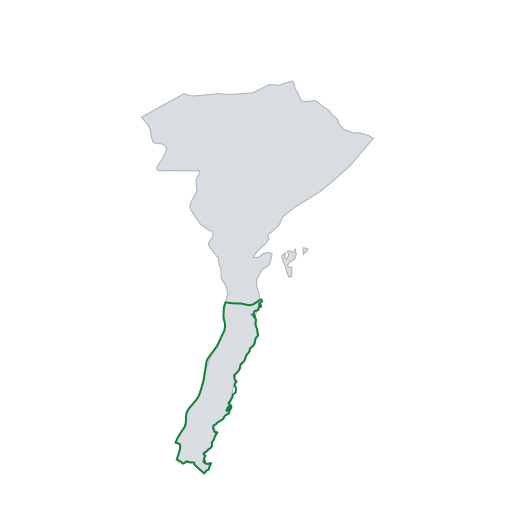 where Debubawi Keyih Bahri sits in Eritrea, rotated 66°
{"feature_id": "ERI-1565", "entity_name": "Debubawi Keyih Bahri", "entity_type": "Region", "adm_level": 1, "iso_a3": "ERI", "parent_name": "Eritrea", "parent_adm1": "", "projection": "albers", "projection_center": [41.929, 13.658], "detail": "fine", "context": "in_parent", "style": "outline", "palette": "green", "viewbox_px": 512, "rotation_deg": 66, "n_neighbors": 0, "source": "natural_earth", "source_scale": "10m", "svg_char_len": 5807}
<svg xmlns="http://www.w3.org/2000/svg" viewBox="0 0 512 512"><g transform="rotate(66 256 256)"><path d="M82.6,304.1L81.2,288.3L80.3,277.7L79.4,266.5L78.5,256.0L83.7,249.6L86.1,243.5L92.5,223.7L95.0,219.8L99.9,209.2L100.7,206.2L105.6,192.8L105.3,183.8L104.6,174.8L107.2,169.5L109.5,165.3L109.5,161.6L110.7,153.2L111.4,151.2L114.2,151.1L119.8,152.3L124.0,151.5L128.8,151.6L132.5,151.4L134.8,148.9L138.0,139.1L139.9,137.2L141.4,136.6L145.7,134.9L149.4,132.1L152.4,130.1L153.5,129.7L156.6,129.5L159.8,128.3L161.2,127.0L165.2,125.9L169.0,126.6L171.6,125.4L173.4,124.7L175.3,124.7L177.2,123.5L177.9,121.8L179.1,120.7L182.2,118.2L183.6,116.4L184.2,114.5L184.8,113.1L186.2,110.6L191.5,104.4L196.1,100.8L211.5,132.6L217.7,151.4L223.2,171.0L227.1,200.3L230.9,215.3L237.4,222.7L241.7,236.7L245.5,237.3L248.2,241.2L252.8,254.3L256.2,259.2L258.0,255.0L257.9,252.6L256.5,248.6L257.8,243.4L260.5,240.3L266.5,244.6L269.8,247.8L270.6,254.2L272.0,257.8L278.3,265.4L283.6,267.7L290.6,268.3L296.4,270.0L301.1,272.8L309.8,280.5L329.7,287.3L345.8,307.9L355.2,322.3L386.5,343.9L391.9,354.3L394.7,364.5L401.3,364.0L412.6,375.1L416.0,383.5L425.2,386.5L426.8,381.5L431.3,385.6L433.1,392.0L427.2,394.5L420.7,396.8L419.7,396.7L417.6,399.7L414.5,407.7L411.1,410.0L409.3,410.3L399.1,402.8L397.5,402.4L395.3,403.8L393.7,405.4L388.9,399.7L385.5,394.7L380.6,388.7L375.9,386.0L370.9,382.6L365.9,374.7L360.9,366.1L353.4,359.0L339.5,348.7L326.7,335.7L317.0,322.2L310.7,315.1L308.0,313.3L295.0,308.8L286.0,302.5L279.0,297.4L274.7,296.0L270.6,295.8L261.7,296.7L254.3,293.5L251.3,293.4L246.3,292.5L242.5,291.3L237.9,292.6L228.5,294.8L224.7,294.2L222.7,291.0L221.5,288.6L218.2,286.0L215.6,286.0L214.0,288.2L204.2,293.8L187.9,296.8L184.0,296.5L181.1,294.2L173.0,284.2L170.7,282.6L168.8,282.4L165.0,281.2L161.5,279.2L158.4,275.2L155.3,272.8L151.8,280.7L145.6,294.3L142.3,301.6L138.1,311.1L136.8,311.3L134.7,310.6L126.7,298.6L121.7,294.1L117.9,294.4L115.0,296.6L113.2,300.5L111.2,302.9L109.2,303.8L104.7,303.2L97.9,301.2L90.9,301.5L83.5,304.0L82.6,304.1ZM275.3,228.0L277.4,231.0L278.9,230.7L280.1,229.7L281.0,227.7L289.3,231.8L288.8,234.5L283.8,234.6L278.1,233.4L272.8,233.8L266.5,232.6L265.0,228.0L269.0,230.2L271.1,229.7L271.5,229.1L268.7,226.0L264.6,225.3L264.9,222.9L266.8,221.9L267.9,220.7L265.6,217.4L270.1,218.2L273.0,220.2L274.8,222.6L275.3,228.0ZM272.0,206.9L273.7,212.2L268.6,210.1L267.7,209.0L270.0,206.9L270.5,205.6L272.0,206.9Z" fill="#d9dde1" stroke="#a8b0b8" stroke-width="1"/><path d="M433.2,392.0L421.6,397.1L421.0,397.1L420.4,396.6L419.9,396.5L419.0,397.3L417.8,400.3L415.5,402.5L415.6,404.2L416.1,405.9L415.8,407.4L415.2,407.7L413.6,408.0L413.1,408.5L412.4,409.6L410.7,410.1L409.8,411.2L401.3,403.7L398.9,402.6L397.4,402.2L396.5,402.4L393.7,405.4L391.2,402.7L386.8,396.7L383.3,390.8L380.8,388.6L377.8,386.9L374.7,385.6L370.6,382.9L367.8,379.0L363.6,370.0L361.9,367.1L360.1,364.7L358.0,362.6L354.0,359.2L348.4,354.5L339.2,348.6L332.0,343.9L330.4,342.3L326.6,335.6L322.5,328.2L316.9,321.8L311.4,315.4L308.2,313.1L304.6,311.7L299.8,311.0L298.3,310.5L292.7,307.7L289.6,306.1L286.0,302.7L286.6,301.7L290.4,295.3L293.1,289.4L297.9,282.7L298.7,280.6L299.0,278.6L298.8,276.4L297.8,271.1L297.7,269.4L297.8,269.0L298.2,268.8L298.6,268.8L299.6,268.9L300.1,269.1L300.3,269.7L300.5,271.8L300.7,272.3L302.2,272.9L302.0,272.0L302.4,271.7L303.9,271.8L304.2,272.0L304.4,272.5L304.1,272.8L303.3,272.5L303.0,272.9L305.5,275.6L305.7,275.4L306.0,275.5L306.2,275.9L306.3,276.3L306.2,277.8L305.8,279.1L305.8,279.7L306.2,280.4L307.6,281.4L308.0,282.0L308.0,283.1L308.6,282.7L309.1,282.5L309.6,282.5L310.2,282.7L310.2,281.6L311.4,282.2L314.3,282.0L315.8,282.9L317.4,284.1L318.9,284.5L322.5,284.7L328.6,286.1L329.3,286.4L329.9,287.2L330.7,289.2L331.4,290.1L333.8,291.8L335.4,292.9L336.6,294.5L337.4,296.4L337.7,298.4L338.2,299.3L339.0,299.8L339.9,300.2L340.3,300.7L340.5,301.1L341.5,302.3L342.2,304.5L343.3,305.8L345.8,308.0L347.2,309.6L347.6,310.4L348.0,311.4L348.4,313.2L348.6,313.8L349.1,314.4L349.8,315.0L351.5,316.0L352.5,316.8L353.3,317.8L355.2,321.5L355.7,323.8L356.2,324.6L359.6,325.6L360.3,325.7L362.0,325.0L362.7,324.9L363.1,325.2L364.1,327.0L365.0,327.9L365.4,328.1L366.1,328.3L366.7,328.3L367.9,328.0L368.3,327.9L369.2,328.3L371.1,329.5L371.8,329.8L372.4,330.2L372.7,331.2L372.8,332.4L373.1,333.2L375.3,334.9L375.6,335.6L375.8,335.6L377.1,337.3L377.4,338.1L377.6,338.1L378.0,338.3L378.4,339.1L378.7,340.3L379.1,340.9L379.6,341.0L380.3,340.8L380.8,340.4L381.1,340.5L381.3,340.8L382.2,341.5L382.5,341.8L382.7,342.3L383.0,343.6L383.3,344.0L384.5,345.0L384.9,345.8L385.3,345.8L385.7,345.4L385.6,345.2L385.4,345.0L384.6,344.0L384.4,343.7L384.1,343.5L384.0,343.3L384.0,342.9L384.9,342.9L385.1,342.9L385.1,341.5L384.4,340.8L383.5,340.4L382.3,340.3L381.9,340.2L382.1,339.8L382.6,339.6L383.3,339.6L385.1,341.0L387.0,343.7L387.8,344.0L388.8,344.6L389.1,346.0L389.1,348.2L389.7,350.0L390.2,350.9L390.8,351.2L391.3,351.8L391.7,353.2L392.5,359.5L393.3,360.9L393.6,363.5L393.5,363.8L395.3,364.9L396.4,365.2L398.9,365.5L399.9,365.3L400.5,364.8L400.9,364.0L401.2,363.2L401.9,363.4L402.1,363.7L402.1,364.2L402.3,364.7L402.6,365.0L403.0,365.2L403.3,365.5L403.4,366.0L403.8,366.7L406.5,369.0L408.4,372.1L409.1,372.6L410.2,372.7L411.0,373.1L411.8,373.7L412.4,374.3L412.8,375.1L413.3,378.2L414.2,380.2L414.4,381.2L414.6,382.7L414.8,383.6L415.2,384.2L415.9,384.4L416.6,384.2L417.3,383.8L418.1,383.5L418.8,384.9L419.9,385.8L421.3,386.3L423.2,386.4L423.0,386.7L422.5,387.5L423.0,387.6L423.4,387.4L424.0,387.1L423.9,387.1L424.9,386.4L425.1,386.4L425.7,385.7L426.2,384.9L426.3,384.4L426.3,384.0L426.4,383.7L426.9,383.4L426.6,382.9L426.5,382.3L426.6,381.9L426.9,381.5L428.4,382.7L429.2,383.4L429.5,383.9L429.7,384.5L430.3,385.0L430.9,385.4L431.5,385.8L431.9,386.5L431.9,388.2L432.1,389.0L433.5,391.6L433.2,392.0Z" fill="none" stroke="#15803d" stroke-width="2"/></g></svg>